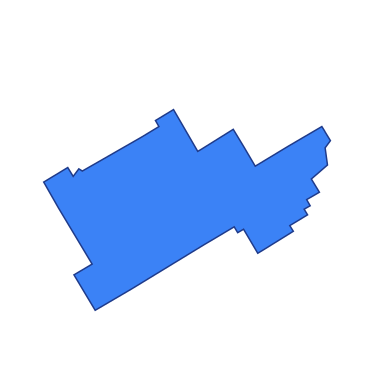 Sharp, Arkansas, United States of America (Mercator projection), rotated 58°
{"feature_id": "52423323B36098505966546", "entity_name": "Sharp", "entity_type": "district", "adm_level": 2, "iso_a3": "USA", "parent_name": "United States of America", "parent_adm1": "Arkansas", "projection": "mercator", "projection_center": [-91.463, 36.194], "detail": "fine", "context": "isolated", "style": "filled", "palette": "blue", "viewbox_px": 384, "rotation_deg": 58, "n_neighbors": 0, "source": "geoboundaries", "source_scale": "gbopen_adm2", "svg_char_len": 662}
<svg xmlns="http://www.w3.org/2000/svg" viewBox="0 0 384 384"><g transform="rotate(58 192 192)"><path d="M105.0,312.5L134.8,313.7L200.2,314.9L199.7,336.0L241.0,336.8L242.2,294.5L243.1,209.5L243.9,174.7L250.7,174.8L250.9,168.0L278.8,168.7L278.9,161.8L279.0,126.9L272.3,126.9L272.6,106.1L266.0,106.0L266.3,99.1L259.2,98.8L259.7,84.1L244.2,83.9L240.9,62.8L225.1,55.7L221.8,47.4L211.7,47.3L210.5,47.2L206.7,47.2L205.3,47.2L204.2,85.0L203.6,124.7L181.3,124.1L160.7,123.8L160.7,162.0L160.6,165.6L112.3,164.0L112.0,185.1L119.0,185.4L118.7,206.3L116.1,273.9L112.4,275.7L115.8,284.5L105.4,284.4L105.0,312.5Z" fill="#3b82f6" stroke="#1e3a8a" stroke-width="1.5"/></g></svg>